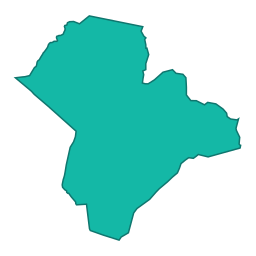 outline of M'bout, Gorgol, Mauritania
{"feature_id": "47542326B11221851845412", "entity_name": "M'bout", "entity_type": "district", "adm_level": 2, "iso_a3": "MRT", "parent_name": "Mauritania", "parent_adm1": "Gorgol", "projection": "orthographic", "projection_center": [-12.565, 16.012], "detail": "fine", "context": "isolated", "style": "filled", "palette": "teal", "viewbox_px": 256, "rotation_deg": 0, "n_neighbors": 0, "source": "geoboundaries", "source_scale": "gbopen_adm2", "svg_char_len": 1662}
<svg xmlns="http://www.w3.org/2000/svg" viewBox="0 0 256 256"><path d="M67.5,22.7L66.8,25.0L64.8,25.5L64.4,26.5L65.1,28.6L64.9,30.3L64.1,31.8L63.2,34.1L61.0,35.3L60.2,35.5L58.9,35.5L58.4,35.8L56.8,36.3L56.5,37.0L56.5,37.9L57.5,40.5L56.9,41.3L54.0,41.3L53.7,41.6L51.9,42.6L50.7,42.5L49.6,43.1L48.5,44.5L47.6,47.2L46.2,49.3L44.1,52.1L43.3,52.8L42.7,54.1L41.6,55.8L40.6,57.4L39.4,59.6L37.8,60.9L37.1,62.1L36.9,63.5L36.6,65.0L36.1,66.5L34.5,67.5L29.6,75.6L25.0,76.7L21.9,77.0L15.4,77.8L31.3,91.1L34.2,94.3L48.0,106.1L76.1,131.2L75.4,136.7L73.6,141.8L70.2,147.3L66.3,164.8L65.2,171.7L64.5,175.4L63.8,177.9L63.3,179.3L62.4,183.7L62.2,184.9L62.6,187.3L64.8,189.8L66.6,190.8L66.7,192.3L67.8,193.3L68.7,193.3L71.3,196.9L74.8,201.0L75.6,201.9L75.8,203.7L76.5,204.8L76.9,204.8L86.5,204.2L89.5,228.8L90.3,230.5L103.3,235.1L119.1,240.1L121.2,237.0L128.4,232.8L133.7,212.9L137.0,208.5L149.7,199.3L156.0,192.1L159.3,188.7L167.4,181.9L172.3,177.2L177.4,172.9L179.4,168.3L181.0,163.6L185.4,160.0L188.7,157.7L191.1,158.0L193.4,158.3L196.4,156.1L198.3,154.5L208.1,156.9L240.1,148.0L240.6,145.5L240.4,145.5L239.1,144.0L239.7,137.3L236.4,130.4L236.0,128.3L238.5,118.9L237.0,119.9L230.6,119.0L227.2,116.6L226.6,113.2L223.1,109.1L215.9,103.9L207.7,102.4L204.5,104.8L196.3,100.7L190.8,100.6L186.4,95.0L186.4,87.2L185.9,77.7L182.9,74.3L176.0,73.3L172.5,69.7L163.0,72.2L154.5,79.8L148.2,83.8L145.3,83.8L142.4,83.0L143.0,78.6L143.7,74.7L142.8,71.0L145.8,69.6L145.8,63.6L148.7,54.6L146.9,48.1L145.9,48.2L145.8,44.7L144.7,39.4L145.9,37.9L143.8,36.1L141.1,31.2L142.8,26.7L97.2,17.5L89.3,15.9L79.5,23.8L73.6,21.5L69.6,21.7L67.5,22.7Z" fill="#14b8a6" stroke="#0f766e" stroke-width="1.5"/></svg>